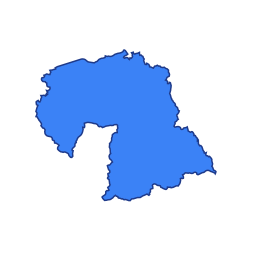 the district of Capão Bonito, São Paulo, Brazil, rotated 15°
{"feature_id": "56859067B71200368651940", "entity_name": "Capão Bonito", "entity_type": "district", "adm_level": 2, "iso_a3": "BRA", "parent_name": "Brazil", "parent_adm1": "São Paulo", "projection": "orthographic", "projection_center": [-48.285, -24.054], "detail": "fine", "context": "isolated", "style": "filled", "palette": "blue", "viewbox_px": 256, "rotation_deg": 15, "n_neighbors": 0, "source": "geoboundaries", "source_scale": "gbopen_adm2", "svg_char_len": 5866}
<svg xmlns="http://www.w3.org/2000/svg" viewBox="0 0 256 256"><g transform="rotate(15 128 128)"><path d="M42.1,88.8L42.9,89.6L42.1,90.3L40.8,90.8L39.8,91.7L38.6,92.0L37.6,92.5L39.0,94.0L38.7,95.3L38.7,96.6L37.5,96.9L36.1,96.8L35.2,97.0L34.4,98.0L33.1,98.8L34.0,99.8L33.5,101.1L31.9,101.7L31.7,103.1L32.4,104.3L33.7,105.1L36.1,104.7L36.7,105.4L37.9,105.6L38.4,107.4L39.2,108.7L40.1,108.9L41.0,108.9L42.0,108.8L42.5,110.0L42.3,111.3L41.0,112.7L39.6,112.8L40.3,113.6L41.2,114.1L40.6,115.3L40.2,116.7L41.4,116.4L40.6,117.7L39.9,118.5L39.0,118.1L38.1,118.2L36.9,118.8L35.5,119.2L36.6,120.5L36.3,122.6L36.5,123.9L36.1,125.7L35.1,125.6L34.1,124.6L33.1,125.6L32.5,126.6L33.0,127.9L33.6,129.2L35.1,129.4L34.8,132.4L34.8,135.9L36.0,136.8L36.5,138.1L36.2,140.8L37.3,140.7L38.2,141.7L39.3,142.7L40.1,143.6L41.1,144.2L43.2,146.1L43.6,147.4L43.3,148.3L45.7,150.1L46.9,150.0L48.4,151.2L48.5,152.9L49.4,155.0L50.5,155.9L51.7,156.5L53.2,156.6L55.7,156.4L56.6,156.8L57.6,157.6L57.9,158.9L58.7,159.3L59.9,159.3L60.6,160.4L61.0,161.5L62.6,161.3L64.0,161.7L65.9,162.5L65.1,164.9L65.4,166.5L66.6,167.4L68.0,168.0L69.3,168.4L70.6,168.2L71.6,168.3L72.5,167.7L73.9,167.5L75.1,167.8L76.0,167.9L77.1,168.3L77.7,169.3L78.3,170.0L80.1,171.2L81.3,171.0L82.0,169.6L81.0,166.9L80.9,164.1L79.9,164.1L79.5,163.0L79.8,161.9L80.7,160.5L81.4,159.2L81.0,157.8L81.0,156.3L81.8,155.5L81.2,154.3L81.7,153.2L81.8,151.7L82.3,149.9L83.9,147.7L84.6,146.5L85.0,144.7L85.1,143.6L85.0,141.0L84.1,139.0L85.8,138.8L85.7,137.4L84.6,134.7L87.3,133.1L88.4,132.8L91.7,132.4L94.1,132.5L95.5,132.2L96.4,132.3L97.6,132.6L98.3,133.4L99.1,134.0L100.0,134.2L101.0,133.6L102.2,133.6L103.1,134.2L104.9,133.0L105.9,132.1L107.1,131.5L108.5,130.9L110.2,130.0L111.3,129.9L112.9,129.4L113.8,128.4L116.1,127.6L117.2,128.1L117.6,129.7L118.2,130.6L118.1,131.7L117.7,132.6L118.3,133.8L118.8,135.2L117.6,135.5L116.6,136.0L115.2,137.6L114.6,138.8L115.0,140.4L114.8,142.1L115.4,144.1L115.1,146.1L114.2,147.8L114.6,148.9L114.8,150.6L115.1,151.6L115.9,152.4L116.5,153.8L117.2,156.1L117.9,157.1L117.2,158.2L117.0,160.1L118.0,162.1L118.8,162.8L119.7,163.1L120.8,163.9L121.8,164.9L121.0,166.0L120.2,167.9L119.6,168.7L118.6,168.9L117.8,169.7L120.1,173.4L121.2,173.7L121.9,175.3L121.5,176.4L120.4,177.2L120.8,178.5L121.9,180.0L121.2,180.8L121.2,181.8L122.1,182.5L123.1,182.7L123.4,183.6L124.0,184.8L124.5,186.3L125.3,187.4L125.2,188.5L124.5,189.8L123.8,190.6L124.7,191.8L125.7,192.9L125.0,193.7L123.7,194.0L123.0,195.1L123.4,196.7L123.4,198.0L122.3,199.4L121.5,200.3L120.8,201.4L121.9,202.6L124.1,204.0L126.0,203.3L127.1,202.6L128.7,202.0L129.8,201.4L130.3,200.5L131.1,199.8L131.6,199.0L132.1,197.8L133.3,196.3L134.4,196.9L135.9,196.9L136.4,197.8L137.3,198.1L138.3,197.9L140.2,198.2L141.1,197.8L142.0,198.2L142.9,198.3L143.7,197.8L144.9,197.7L147.7,197.9L149.0,197.5L149.4,196.4L150.0,195.5L151.7,194.9L155.0,192.8L157.7,192.0L158.9,190.8L159.7,189.8L161.0,188.9L163.4,186.9L165.6,187.6L166.2,186.4L165.5,185.5L166.2,183.9L165.9,182.9L165.6,181.4L166.5,180.6L167.6,180.0L167.2,178.5L166.4,177.2L166.6,176.3L167.7,175.2L169.5,175.1L170.5,175.6L171.8,175.8L172.8,175.5L174.2,175.5L175.1,176.8L176.5,176.9L177.5,177.3L180.0,177.6L180.9,177.3L181.6,176.0L181.4,174.9L183.0,174.7L184.2,174.2L185.0,174.6L187.0,173.6L189.6,171.4L191.6,170.9L191.9,169.7L192.4,168.5L192.5,166.6L192.3,164.6L191.7,163.3L192.5,162.7L193.7,162.7L194.5,162.2L194.3,161.1L193.7,160.1L192.8,159.1L194.1,158.0L194.9,156.5L198.0,156.0L199.0,155.4L200.9,155.5L202.4,155.0L203.1,154.0L204.3,153.3L205.8,153.5L206.6,154.9L207.7,155.0L209.1,153.9L211.2,152.0L212.3,151.5L213.2,150.8L214.0,149.5L215.1,148.6L216.2,148.2L217.5,148.1L219.3,148.6L220.8,148.6L222.2,148.9L223.3,148.9L224.1,149.7L224.3,148.5L224.2,147.3L223.0,146.7L221.6,146.5L219.8,143.9L218.9,143.3L219.1,141.9L219.0,140.7L217.8,138.7L217.3,137.6L217.1,136.6L216.4,135.8L215.2,135.0L214.1,134.3L213.3,134.9L212.2,134.3L210.7,134.4L209.9,133.3L209.9,131.6L208.9,132.4L208.0,132.3L207.7,131.2L206.8,130.6L206.1,129.9L205.5,128.9L204.3,127.1L202.8,126.1L201.8,126.6L200.1,125.0L199.1,121.7L198.4,122.5L197.8,120.1L196.2,119.2L195.0,117.9L193.6,118.2L193.4,117.0L192.2,115.7L191.2,115.0L190.3,115.1L189.4,116.0L186.8,115.2L186.5,114.3L184.9,111.6L184.1,112.5L182.8,113.1L181.7,113.7L181.3,115.0L180.3,115.5L179.4,115.4L178.5,114.0L177.3,113.6L176.0,113.6L174.6,114.2L173.1,115.0L172.1,114.6L172.0,113.2L172.4,111.6L171.8,110.3L173.1,108.8L173.5,107.5L174.3,106.6L173.4,105.7L173.0,104.6L172.1,103.8L171.8,102.6L172.5,101.4L173.0,99.7L173.1,98.2L172.2,98.1L171.3,96.9L170.6,95.6L167.8,94.1L167.6,92.8L166.6,91.9L165.1,91.1L164.0,89.8L162.9,89.3L162.6,88.4L161.8,87.7L160.5,85.3L159.3,83.9L159.4,82.3L159.4,80.8L159.1,78.8L159.0,77.6L158.6,75.6L157.9,74.6L157.3,73.4L156.5,73.1L155.8,74.6L154.7,74.8L154.3,72.9L153.3,72.3L151.9,72.0L152.5,71.1L152.4,70.0L152.7,68.9L153.6,68.0L154.4,67.3L154.3,65.7L153.6,64.4L152.7,63.8L152.1,61.6L150.4,60.7L149.0,60.7L147.3,59.9L146.0,60.6L143.9,60.7L142.9,59.9L141.6,60.3L140.0,59.8L139.2,60.7L137.7,61.4L137.0,63.6L136.0,63.5L134.7,63.2L133.0,63.3L132.7,62.3L131.6,61.2L129.4,60.6L129.3,61.9L128.1,62.1L126.2,59.6L125.6,58.6L125.8,57.2L124.6,56.2L123.9,55.0L122.6,54.7L121.7,54.1L120.6,54.7L120.0,53.6L119.5,52.0L118.5,52.9L117.6,53.5L116.4,54.0L115.5,54.8L114.2,54.7L113.5,53.4L111.9,54.4L113.2,55.6L113.2,56.6L113.9,57.9L113.6,58.9L113.0,59.9L111.8,59.7L111.7,61.5L110.7,61.2L109.8,60.3L108.5,60.2L106.4,61.5L105.4,60.8L105.8,59.8L106.7,58.8L107.9,57.8L108.7,56.7L105.5,54.0L104.5,53.6L103.6,54.0L103.5,55.4L102.2,56.7L101.2,57.4L100.3,57.9L98.7,58.6L97.3,59.6L96.5,60.0L95.9,60.7L94.7,62.1L93.4,63.1L92.6,63.4L91.7,63.6L90.6,63.6L89.6,64.2L88.5,64.3L87.4,64.2L87.6,65.8L85.9,67.0L84.4,67.5L83.3,68.3L82.1,69.4L81.0,71.6L79.8,72.4L78.5,73.8L73.4,74.4L72.0,74.4L69.1,73.1L68.2,72.9L66.5,73.0L65.1,73.5L43.8,87.1L42.1,88.8Z" fill="#3b82f6" stroke="#1e3a8a" stroke-width="1.5"/></g></svg>